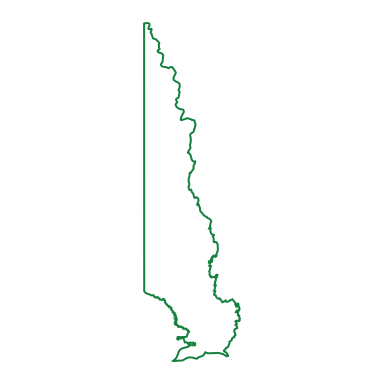 Alenquer, Pará, Brazil (orthographic projection)
{"feature_id": "56859067B11405139062932", "entity_name": "Alenquer", "entity_type": "district", "adm_level": 2, "iso_a3": "BRA", "parent_name": "Brazil", "parent_adm1": "Pará", "projection": "orthographic", "projection_center": [-54.835, -0.309], "detail": "fine", "context": "isolated", "style": "outline", "palette": "green", "viewbox_px": 384, "rotation_deg": 0, "n_neighbors": 0, "source": "geoboundaries", "source_scale": "gbopen_adm2", "svg_char_len": 6070}
<svg xmlns="http://www.w3.org/2000/svg" viewBox="0 0 384 384"><path d="M194.2,130.1L194.0,129.4L194.7,128.3L194.8,127.2L195.6,124.6L194.4,120.6L193.6,120.1L191.9,119.9L191.2,119.4L187.5,118.2L181.6,120.1L181.0,120.0L180.7,119.5L181.0,117.8L181.8,115.7L183.5,112.7L183.8,111.7L183.7,110.7L183.3,109.9L182.6,109.5L180.7,109.3L178.6,108.5L176.6,106.9L175.6,105.0L175.6,104.5L177.2,102.1L176.1,100.0L176.2,99.2L176.4,98.7L178.5,97.6L178.8,96.5L179.6,91.7L178.5,89.8L179.3,88.3L179.8,85.9L179.6,84.3L179.2,83.4L178.1,82.5L175.5,81.3L173.6,79.7L173.5,77.6L175.8,72.9L175.7,72.3L174.0,69.4L172.4,67.3L170.7,67.0L168.5,68.2L166.3,67.2L162.9,66.7L161.4,65.9L160.9,64.4L162.6,61.5L163.2,55.1L162.3,53.9L161.7,53.5L158.0,52.0L157.6,51.0L157.9,50.3L159.0,49.6L159.6,48.9L159.0,47.9L158.9,47.0L159.1,46.0L158.7,44.8L159.3,43.2L158.3,41.7L155.8,39.3L153.3,38.5L152.8,37.9L151.8,34.8L151.3,33.5L150.7,32.8L150.6,32.0L151.2,31.1L151.6,29.7L151.4,28.9L149.5,29.2L148.7,29.0L148.4,27.9L149.6,25.3L149.4,23.9L148.9,23.4L147.4,23.0L144.1,23.5L144.2,291.2L145.6,292.9L146.3,293.3L149.8,294.5L151.1,295.4L152.9,295.1L153.6,295.8L153.8,295.7L154.2,296.8L154.6,296.8L154.9,297.2L155.3,297.1L155.8,297.6L157.5,297.0L157.9,297.5L157.7,297.8L158.0,298.0L159.5,298.4L159.6,299.5L161.5,299.8L162.2,299.5L162.5,299.7L163.1,298.9L163.9,299.4L164.0,300.0L164.3,300.0L164.4,299.8L165.1,300.8L165.3,301.7L164.9,302.2L165.7,302.9L165.4,304.0L165.7,303.6L166.5,304.1L166.8,304.3L166.6,304.7L167.6,305.3L168.4,306.4L168.6,305.8L169.0,305.9L169.7,306.7L170.2,306.8L171.0,307.9L170.6,308.2L170.8,308.7L171.3,308.6L171.1,309.2L171.4,309.2L171.7,310.1L172.5,310.7L173.0,311.6L172.5,312.1L172.6,312.4L174.3,312.5L174.6,312.9L174.1,313.7L174.9,314.0L174.4,314.4L175.1,315.0L174.4,315.9L174.8,316.4L175.0,315.9L175.4,316.0L175.7,317.0L176.0,316.7L176.3,317.6L176.2,318.0L176.5,318.0L176.8,319.1L176.4,319.7L175.7,319.5L176.3,320.1L175.6,320.4L175.8,320.9L176.2,320.9L176.2,321.2L175.1,321.7L175.3,322.2L175.9,322.1L176.1,322.5L175.1,323.0L175.4,323.4L175.9,323.4L175.7,323.7L174.9,323.8L175.4,324.7L176.1,324.9L176.8,324.6L177.1,325.2L178.0,325.4L178.3,326.0L178.0,326.4L178.1,326.8L178.5,326.9L179.2,326.3L180.2,327.0L181.3,326.5L181.6,327.2L183.2,327.6L183.2,328.8L184.1,328.7L184.6,328.9L185.5,328.5L186.3,328.9L186.8,329.9L187.6,329.8L188.0,330.4L188.0,331.1L188.3,331.4L188.6,331.2L189.0,331.3L189.2,331.6L187.7,333.3L187.0,336.1L186.5,336.7L185.3,337.0L177.6,337.1L177.4,338.0L178.1,338.2L177.4,338.7L177.3,339.1L178.1,339.6L178.8,338.5L179.3,338.7L179.5,338.4L180.2,338.5L180.6,338.2L181.3,338.5L182.8,337.6L183.1,337.7L183.7,338.6L184.8,342.4L187.1,342.4L188.0,343.9L188.4,344.1L188.7,343.9L188.8,343.0L189.0,342.8L189.9,343.2L190.5,342.5L191.8,342.9L193.1,342.6L193.5,343.6L195.1,343.2L195.3,344.0L194.7,345.4L190.5,345.1L189.5,345.5L189.2,346.1L187.8,346.8L182.2,348.4L180.4,349.4L178.6,352.0L177.0,356.7L176.2,357.9L175.7,358.7L173.1,360.9L173.7,361.0L182.7,360.4L187.2,357.8L188.8,357.4L191.9,357.5L196.0,358.6L197.4,358.5L198.8,357.1L201.0,356.5L203.1,355.5L204.0,354.6L205.3,352.3L207.2,353.1L208.8,353.3L218.2,352.9L222.9,354.0L226.7,356.3L228.1,356.0L228.0,355.3L226.3,352.5L224.2,351.4L223.9,350.7L224.4,349.9L225.6,349.1L226.2,347.8L227.6,347.3L228.0,346.9L229.4,343.5L229.6,342.4L229.4,341.9L231.3,340.5L232.1,339.1L232.0,338.7L232.2,338.3L233.0,337.5L234.2,337.3L234.6,335.8L235.4,335.3L235.5,334.7L235.0,334.0L235.1,333.2L234.2,331.6L234.5,329.6L235.4,328.7L237.0,328.3L237.2,327.5L236.3,325.3L235.5,324.9L235.9,324.3L236.7,324.1L236.8,323.8L236.6,322.8L235.4,321.5L235.9,320.9L236.7,320.6L239.0,321.1L239.7,320.4L239.4,319.4L239.9,318.5L239.4,317.9L239.2,315.7L237.9,315.4L237.8,315.1L238.3,314.6L237.8,312.9L237.1,312.1L235.9,312.1L236.4,310.9L236.9,310.6L237.4,311.2L238.3,311.4L238.4,310.3L239.1,310.3L239.3,310.0L239.2,309.2L239.5,308.9L239.1,308.3L239.4,307.5L238.3,305.6L238.2,305.0L238.5,304.3L238.2,303.7L237.5,303.6L237.0,304.0L237.2,306.1L236.8,306.8L236.4,306.8L236.1,306.3L236.1,305.4L235.3,304.8L235.4,303.4L235.1,302.7L232.6,299.5L232.3,299.8L230.9,299.7L229.1,301.1L226.9,301.9L225.4,300.5L224.8,301.4L222.2,302.2L221.4,300.6L220.4,299.5L220.4,298.9L220.1,298.6L219.3,298.4L218.8,298.8L218.3,298.7L217.1,298.0L216.1,296.6L215.6,295.2L214.3,295.0L214.1,294.4L214.1,293.6L214.6,293.0L215.3,291.4L213.9,290.8L214.7,289.9L214.8,287.8L215.1,286.7L215.8,285.6L215.7,285.2L215.3,285.1L214.5,285.3L214.4,284.5L215.3,282.8L214.9,281.9L215.9,280.1L215.7,278.7L215.9,278.1L216.9,277.4L216.4,276.2L217.5,275.4L217.4,274.9L216.8,274.7L215.9,275.3L215.8,276.2L214.7,277.2L213.8,276.8L211.6,277.5L211.3,277.4L211.0,276.5L210.6,276.8L210.3,276.5L210.3,275.9L209.6,274.8L209.6,272.1L209.2,271.4L210.2,269.1L210.4,267.0L211.0,266.2L210.6,266.0L209.8,266.3L209.2,265.8L209.8,265.1L210.0,263.3L209.8,263.0L208.9,262.8L208.8,262.2L209.2,261.1L211.2,262.1L211.8,261.8L212.3,260.8L212.0,260.2L211.0,260.3L211.0,259.4L211.2,259.0L211.6,259.2L212.3,258.5L211.9,258.0L211.9,257.4L212.5,256.6L213.0,256.7L213.3,256.4L213.6,255.6L213.9,255.7L214.1,256.7L215.0,256.4L215.7,256.8L216.4,256.2L216.5,255.5L215.9,254.9L216.7,253.6L217.9,250.1L217.6,244.1L216.9,242.9L216.2,242.2L215.4,241.9L214.2,242.2L213.8,241.8L213.6,238.5L212.9,236.6L213.7,235.7L213.9,234.9L212.0,234.4L211.1,233.4L210.3,230.7L210.8,228.0L210.5,227.7L209.3,228.2L210.0,226.4L210.6,222.7L211.2,221.6L211.0,220.4L209.5,218.8L207.5,218.0L206.6,216.8L205.9,216.7L204.0,215.4L200.5,211.2L200.1,210.3L199.9,207.6L198.9,205.7L198.5,204.1L198.1,204.1L197.4,204.8L197.1,204.7L198.5,200.8L198.3,198.8L196.8,197.3L196.1,197.2L195.2,197.9L194.6,197.9L194.0,196.9L193.3,193.6L191.8,192.1L191.2,189.7L189.8,189.9L189.2,189.7L188.5,187.0L189.4,184.2L189.3,183.2L188.8,182.5L188.6,179.0L189.4,176.6L189.8,172.9L190.8,172.8L191.2,171.8L191.9,171.2L193.5,168.8L193.6,165.5L194.5,164.3L195.2,162.0L195.1,161.4L193.7,161.5L192.6,160.9L191.7,159.5L190.5,155.1L189.1,153.2L187.9,152.6L188.5,151.1L190.5,147.9L190.0,144.8L190.8,141.6L190.7,138.2L190.1,135.0L190.4,134.1L191.0,133.5L193.2,132.1L194.2,130.1Z" fill="none" stroke="#15803d" stroke-width="2"/></svg>